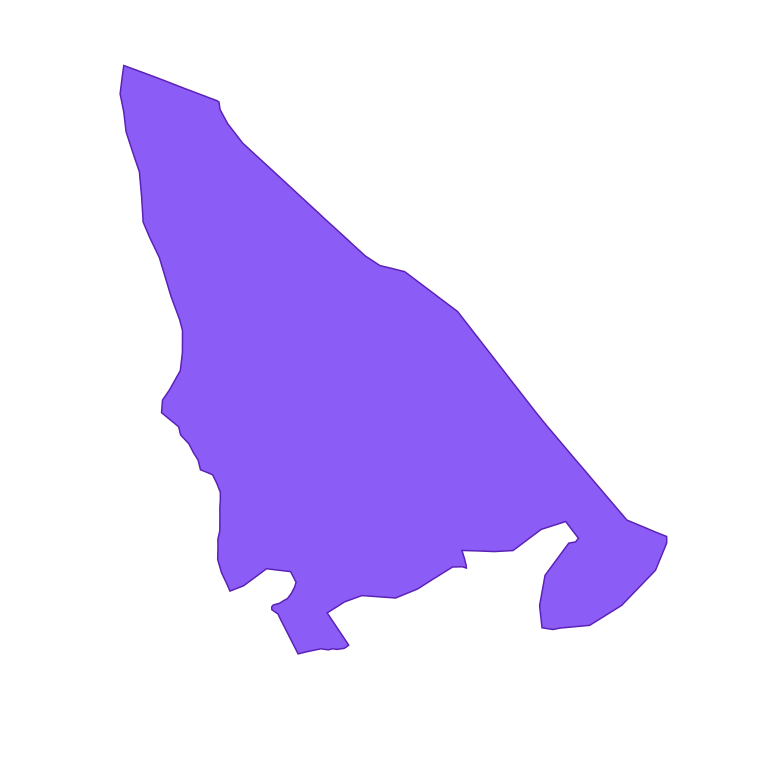 Mai'Adua, Katsina, Nigeria (Mercator projection), rotated 8°
{"feature_id": "59680162B73440349718888", "entity_name": "Mai'Adua", "entity_type": "district", "adm_level": 2, "iso_a3": "NGA", "parent_name": "Nigeria", "parent_adm1": "Katsina", "projection": "mercator", "projection_center": [8.237, 13.149], "detail": "fine", "context": "isolated", "style": "filled", "palette": "violet", "viewbox_px": 768, "rotation_deg": 8, "n_neighbors": 0, "source": "geoboundaries", "source_scale": "gbopen_adm2", "svg_char_len": 1868}
<svg xmlns="http://www.w3.org/2000/svg" viewBox="0 0 768 768"><g transform="rotate(8 384 384)"><path d="M651.2,568.7L668.2,545.3L669.9,542.9L675.6,535.1L678.8,530.6L685.9,502.9L686.0,501.0L685.1,495.7L673.4,492.8L643.4,484.9L618.6,462.9L604.8,450.6L593.8,440.8L583.0,431.3L576.2,425.2L561.8,412.3L550.1,401.9L538.0,390.6L531.6,384.4L517.3,370.5L505.3,358.9L498.8,352.5L484.9,339.0L446.8,302.0L426.4,290.7L388.9,269.9L375.3,268.4L363.5,267.3L347.8,259.9L334.5,250.8L324.9,244.1L301.3,228.0L296.3,224.4L289.3,219.6L284.7,216.4L272.7,208.1L253.2,194.6L245.2,189.0L223.8,174.3L210.5,165.1L193.0,148.0L183.5,135.1L181.3,127.7L179.5,126.8L168.4,124.3L145.9,119.2L117.8,112.6L82.0,104.8L82.0,115.8L82.3,133.4L88.4,150.7L93.5,170.2L105.9,195.5L112.2,207.8L117.9,232.3L121.9,251.8L122.9,257.1L131.7,271.7L143.9,290.0L160.9,326.9L172.7,348.8L177.0,359.1L180.0,380.9L180.4,399.1L172.3,419.9L166.9,430.7L167.7,443.4L180.3,451.1L186.6,454.9L189.7,462.8L199.1,470.4L205.0,478.7L210.6,485.4L214.2,494.5L226.9,497.7L232.1,505.4L237.0,514.1L238.1,521.7L238.6,528.7L240.1,539.1L241.8,552.1L241.1,560.9L242.2,567.9L243.7,580.8L249.3,593.4L256.1,603.7L260.3,610.5L273.0,603.4L293.4,583.3L317.6,582.8L324.5,592.5L323.8,597.3L321.4,604.2L318.2,610.0L315.1,612.2L311.3,615.5L305.2,618.2L303.8,620.3L304.3,623.1L311.0,626.5L314.1,631.2L336.5,663.2L346.4,659.3L358.4,655.0L365.8,655.0L370.2,653.3L373.1,653.4L374.1,653.4L381.2,651.4L383.2,649.8L385.4,647.5L359.6,618.6L375.2,605.3L391.5,596.6L425.3,594.3L445.8,582.3L459.5,570.6L477.3,555.7L487.0,554.1L491.2,554.8L490.6,552.2L489.9,550.4L488.9,548.1L488.2,546.1L486.6,542.8L484.4,538.0L499.5,536.3L516.5,534.6L534.9,531.0L559.9,506.1L583.0,494.9L598.0,509.7L595.7,513.7L589.1,515.9L570.1,551.0L568.9,581.7L574.4,603.4L585.5,603.6L592.7,601.1L621.2,594.4L650.2,570.1L651.2,568.7Z" fill="#8b5cf6" stroke="#5b21b6" stroke-width="1.5"/></g></svg>